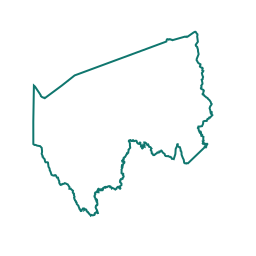 the district of Aveiro, Pará, Brazil, rotated 342°
{"feature_id": "56859067B38490722254751", "entity_name": "Aveiro", "entity_type": "district", "adm_level": 2, "iso_a3": "BRA", "parent_name": "Brazil", "parent_adm1": "Pará", "projection": "equal_earth", "projection_center": [-55.979, -3.763], "detail": "fine", "context": "isolated", "style": "outline", "palette": "teal", "viewbox_px": 256, "rotation_deg": 342, "n_neighbors": 0, "source": "geoboundaries", "source_scale": "gbopen_adm2", "svg_char_len": 5919}
<svg xmlns="http://www.w3.org/2000/svg" viewBox="0 0 256 256"><g transform="rotate(342 128 128)"><path d="M39.9,92.7L33.0,114.0L33.8,115.2L35.0,115.6L36.0,116.6L38.8,118.1L39.8,120.2L39.1,123.5L38.5,125.0L38.0,125.6L37.9,126.6L38.2,128.0L37.8,128.9L38.3,129.5L38.4,130.8L38.9,131.4L39.1,132.0L38.8,133.9L39.0,135.1L41.0,135.8L41.2,136.2L40.4,140.3L40.8,141.9L40.8,143.0L40.5,143.9L40.8,145.5L40.8,148.8L41.5,149.6L43.0,150.5L43.6,150.2L44.4,150.4L44.7,150.7L45.1,153.2L46.1,153.6L45.9,155.7L46.2,157.4L45.8,158.3L45.7,159.6L46.2,161.2L46.5,161.4L47.0,160.9L48.0,161.3L48.7,161.0L49.7,161.3L50.8,160.9L51.8,161.6L52.3,162.3L53.2,162.9L53.9,165.5L54.1,165.8L53.5,167.7L54.8,168.0L54.9,168.6L56.3,170.7L55.6,171.9L55.7,172.9L56.3,173.6L56.3,174.2L55.8,174.8L55.9,177.0L55.2,177.5L55.1,179.1L55.3,179.6L55.2,180.6L55.8,181.4L55.8,181.9L55.6,182.4L56.1,183.0L55.8,183.9L55.8,184.5L56.8,186.5L56.7,187.0L56.9,188.8L56.8,189.8L57.1,190.0L57.3,191.8L57.5,192.4L58.1,192.5L58.6,191.8L60.4,190.6L61.3,191.0L61.1,191.5L61.3,191.9L61.1,192.4L62.2,192.0L62.9,192.5L63.1,192.9L62.9,193.8L63.5,194.9L63.5,195.4L63.9,195.5L64.3,197.2L64.7,197.4L64.9,198.4L65.4,199.2L65.5,199.8L66.5,199.4L67.5,200.2L69.2,200.3L69.8,199.7L69.8,199.1L70.2,198.7L71.5,198.6L72.1,198.0L72.5,198.6L72.5,199.1L72.8,199.6L73.1,199.6L73.1,196.5L72.7,194.6L72.7,193.4L73.5,192.1L73.8,191.9L74.5,192.0L75.0,191.7L74.9,191.3L75.3,191.1L75.7,189.9L75.3,188.3L75.4,187.2L75.7,187.1L76.2,187.4L76.3,186.9L76.2,186.5L75.4,186.4L75.2,186.1L75.6,185.8L75.6,185.4L75.2,184.7L74.9,183.0L75.3,182.8L75.5,182.2L75.4,181.8L76.5,180.8L76.4,179.8L76.9,179.3L77.6,179.3L79.3,178.4L79.2,179.6L80.1,180.0L80.6,178.4L80.4,177.1L81.0,176.7L81.3,176.7L82.5,178.7L83.4,179.0L83.7,178.2L84.7,179.2L85.0,179.0L85.4,178.3L85.2,177.8L86.1,177.3L86.7,177.2L87.6,177.7L87.9,177.0L88.7,177.1L89.4,177.8L90.1,177.7L90.4,177.4L90.9,177.5L92.0,177.4L92.7,177.7L92.7,178.6L93.4,178.6L93.8,180.4L94.5,180.0L96.4,181.8L96.9,182.6L98.3,182.2L98.6,181.6L100.0,180.8L101.0,181.0L101.0,182.3L101.7,183.3L102.1,183.1L102.1,181.3L102.6,180.8L104.1,180.3L104.6,178.8L103.7,177.1L103.7,176.7L104.3,176.2L104.3,175.4L105.4,174.4L105.7,174.5L105.9,174.8L107.2,174.6L107.5,173.7L108.2,173.5L108.8,172.9L109.0,172.5L108.6,171.2L109.3,170.4L109.3,170.0L108.0,169.3L107.9,168.8L108.8,166.5L108.9,165.6L110.5,163.9L110.6,163.6L110.0,163.2L110.6,161.9L111.1,162.6L112.2,160.8L113.7,160.0L114.1,159.2L114.0,158.8L113.6,158.9L113.4,158.1L112.5,158.5L112.2,158.2L112.3,157.4L112.7,157.4L113.2,156.7L114.4,156.2L114.4,155.3L114.7,155.1L114.9,155.3L115.8,154.6L116.4,154.6L118.0,153.0L119.0,152.5L118.9,152.1L119.2,151.7L119.7,152.0L120.6,151.6L121.1,150.3L121.6,149.7L121.8,148.8L124.0,147.5L124.5,144.8L125.0,143.7L125.0,141.6L124.7,140.8L124.9,140.4L125.2,140.2L126.5,140.2L127.2,141.4L128.2,141.7L128.6,141.1L128.9,141.1L129.2,141.2L129.7,142.4L131.7,142.5L132.2,143.2L132.1,144.7L132.9,146.2L133.6,146.5L133.8,146.1L134.9,145.5L135.2,145.8L134.7,147.4L135.4,148.9L134.8,149.2L134.6,149.6L135.3,149.9L135.6,149.8L135.8,150.2L135.1,151.7L135.3,151.9L135.9,151.7L136.9,149.6L137.2,150.5L137.8,150.9L137.8,150.2L138.3,150.0L138.2,149.1L138.7,148.3L139.0,146.8L139.7,147.0L140.7,148.3L141.1,150.2L142.1,150.0L142.3,152.5L143.4,153.1L144.0,154.8L143.4,155.1L142.8,156.0L143.2,157.3L142.8,159.5L143.4,159.9L143.4,160.7L143.7,161.6L144.8,161.9L146.3,161.1L147.2,161.1L148.4,160.3L148.9,160.7L149.8,160.9L150.2,160.7L150.5,160.0L151.0,160.1L151.2,160.4L151.7,160.1L152.3,160.2L152.7,159.8L153.0,160.1L153.3,161.6L153.9,162.8L154.8,163.9L154.7,165.5L155.2,166.3L156.7,167.0L157.5,167.0L158.6,168.3L159.2,168.4L160.1,169.4L160.0,170.1L160.3,171.0L161.3,171.2L161.9,171.7L165.0,167.4L166.9,162.6L169.0,160.4L169.7,158.8L170.0,158.7L170.3,158.9L169.7,159.6L169.7,160.3L170.7,162.0L171.4,162.3L171.4,163.0L171.4,164.4L171.0,166.0L171.4,166.5L171.3,167.9L170.7,170.0L170.9,173.6L171.2,175.3L170.7,178.4L171.4,179.3L172.1,179.4L172.6,179.8L173.1,179.6L174.1,180.1L195.2,169.9L195.2,169.4L195.5,169.2L196.1,169.6L196.3,170.3L196.6,170.1L196.9,168.9L197.6,168.6L198.5,167.8L198.4,167.5L198.0,167.4L197.2,167.8L196.9,167.0L195.4,166.9L194.9,166.1L194.4,166.1L194.3,165.7L194.6,165.5L195.4,165.4L195.0,164.5L195.0,163.7L195.8,163.7L196.1,163.4L196.0,162.1L197.0,159.7L195.6,158.3L196.2,158.0L196.4,157.5L196.1,157.2L195.6,157.4L195.4,156.9L195.5,156.5L195.9,156.4L195.8,155.6L196.1,154.6L195.9,153.7L195.5,153.6L194.8,154.1L194.6,151.8L194.9,150.7L194.4,149.6L194.7,149.2L195.1,149.3L195.5,148.4L196.8,148.8L199.0,149.1L200.7,147.2L201.5,145.3L201.8,145.0L203.2,145.0L205.0,145.6L205.4,144.9L206.1,144.6L206.5,143.9L207.6,144.1L208.4,143.2L209.3,143.5L209.7,143.0L210.5,142.8L212.2,141.8L211.9,141.3L212.0,140.4L212.5,138.7L212.2,138.5L211.6,139.8L211.3,139.8L211.3,138.9L211.7,136.7L211.7,134.4L212.9,132.8L214.8,131.4L215.0,130.9L214.6,130.1L214.7,128.8L214.1,126.7L213.1,125.0L212.9,124.0L211.9,123.1L211.4,122.0L210.7,121.3L210.3,119.9L209.4,119.2L209.4,118.7L210.4,118.1L210.9,116.8L211.6,116.2L211.7,115.8L211.4,115.0L210.3,114.0L209.9,113.2L209.6,113.1L209.6,112.6L210.6,111.8L210.7,110.4L212.5,109.0L212.8,107.6L213.0,104.8L214.0,104.7L214.4,103.8L215.2,102.7L215.0,100.9L215.2,98.6L216.9,97.5L217.2,97.1L216.5,96.6L216.4,96.2L216.9,95.6L217.0,94.8L217.5,94.3L217.3,93.7L216.6,93.4L215.4,92.0L215.4,91.5L216.3,90.6L216.6,89.8L215.4,88.5L214.7,87.4L214.6,86.0L214.2,84.9L214.6,83.7L218.0,79.6L218.3,76.7L218.8,74.7L218.7,73.1L218.9,72.7L218.8,72.1L218.1,71.2L218.0,70.1L218.2,69.7L221.1,67.6L222.1,62.2L222.8,61.1L223.0,60.2L222.5,59.4L222.2,57.8L221.6,57.2L220.0,57.4L213.1,59.5L212.6,59.3L212.1,59.6L211.5,59.0L210.9,59.1L210.3,58.7L197.4,58.2L196.9,57.5L196.4,57.5L195.3,56.4L194.1,56.6L193.4,55.8L192.6,55.7L192.3,55.8L191.2,57.6L189.5,57.7L93.5,61.5L78.1,67.2L58.1,73.9L57.6,73.2L57.3,73.3L55.9,72.1L55.0,70.7L55.1,69.8L54.6,67.8L52.3,59.8L51.6,58.6L39.9,92.7Z" fill="none" stroke="#0f766e" stroke-width="2"/></g></svg>